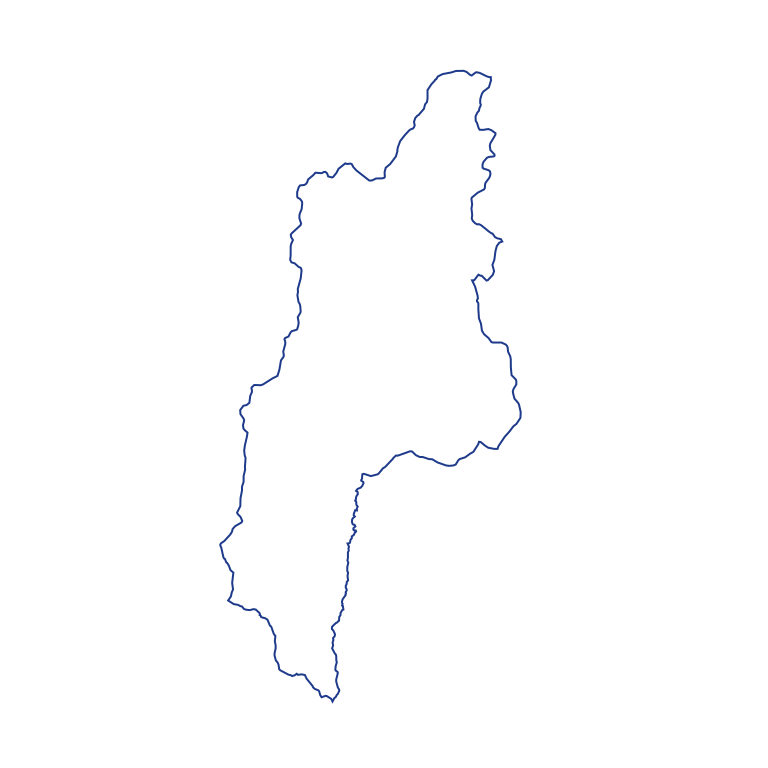 the district of Onzaga, Santander, Colombia, rotated 188°
{"feature_id": "7082276B75716633993754", "entity_name": "Onzaga", "entity_type": "district", "adm_level": 2, "iso_a3": "COL", "parent_name": "Colombia", "parent_adm1": "Santander", "projection": "robinson", "projection_center": [-72.805, 6.343], "detail": "fine", "context": "isolated", "style": "outline", "palette": "blue", "viewbox_px": 768, "rotation_deg": 188, "n_neighbors": 0, "source": "geoboundaries", "source_scale": "gbopen_adm2", "svg_char_len": 6125}
<svg xmlns="http://www.w3.org/2000/svg" viewBox="0 0 768 768"><g transform="rotate(188 384 384)"><path d="M402.2,65.1L398.7,67.0L397.2,67.0L392.5,64.9L390.8,62.4L389.4,66.2L388.3,67.2L387.5,69.4L386.5,70.9L385.6,74.1L385.9,75.2L387.5,77.1L389.9,82.7L390.2,84.7L389.5,91.4L390.0,92.5L391.6,93.3L392.4,94.1L392.6,98.0L392.0,101.8L392.8,103.8L393.4,107.8L394.1,109.5L395.2,110.3L398.6,115.0L398.0,118.0L398.9,120.7L398.5,123.4L399.1,125.3L397.8,127.2L397.7,129.4L400.0,133.0L401.4,134.0L401.7,135.0L401.6,136.5L398.4,140.6L397.2,141.3L396.3,142.8L395.6,143.3L395.9,147.1L394.9,149.1L395.2,150.9L394.0,154.2L392.8,155.0L393.9,158.5L394.7,158.8L394.4,160.5L395.1,161.4L395.3,162.9L395.0,165.1L392.6,169.7L392.9,170.4L392.5,171.5L393.0,172.5L392.2,174.4L392.7,176.0L393.5,176.9L393.8,179.1L393.2,180.3L393.3,182.9L392.2,184.5L393.4,188.7L393.3,192.2L394.3,193.6L394.9,197.6L394.5,202.1L395.7,204.3L395.5,206.7L396.3,212.3L395.7,214.0L396.3,216.2L396.0,217.9L397.9,221.0L396.0,221.6L395.6,222.3L395.5,224.9L394.4,226.9L394.7,228.6L392.9,230.3L392.1,233.0L391.1,234.0L391.6,235.0L393.3,234.9L394.1,235.6L394.2,236.9L392.5,239.0L393.6,240.5L394.9,240.5L395.9,241.4L396.6,243.2L396.7,245.4L396.1,246.9L394.4,248.7L395.8,250.0L395.8,251.3L395.0,255.0L393.2,255.0L393.6,256.8L393.0,259.0L394.5,260.4L395.2,263.8L396.3,264.4L395.7,266.2L396.0,267.4L395.5,269.5L394.6,271.2L395.1,273.4L396.8,274.3L395.6,276.4L392.7,278.1L391.4,280.0L390.5,282.7L390.9,284.1L393.1,285.1L393.2,285.6L392.6,287.3L392.9,291.6L391.8,292.2L390.6,292.1L384.1,291.0L377.7,293.7L377.0,294.3L373.2,300.5L371.4,301.9L364.9,311.0L364.5,312.0L362.1,314.9L360.5,314.9L348.8,321.0L346.9,321.1L342.4,317.9L338.4,316.7L335.6,317.1L328.9,315.9L325.7,316.2L320.2,313.8L311.3,312.0L308.2,312.0L304.2,312.9L301.8,314.2L299.9,318.6L298.8,320.1L293.4,322.7L289.1,326.9L286.1,329.2L282.3,337.4L281.9,340.0L280.2,340.0L275.3,337.0L271.9,335.4L266.0,335.1L262.5,335.6L262.0,338.4L257.1,348.5L253.3,354.2L250.0,360.1L247.3,362.9L244.2,369.4L244.7,375.1L247.4,382.3L248.5,383.9L252.8,387.7L254.7,392.3L255.4,394.4L255.1,396.9L252.9,402.0L253.3,405.1L254.1,406.8L258.9,410.5L260.7,418.1L261.9,426.1L262.8,428.9L265.7,433.4L266.6,437.3L267.5,438.8L268.9,440.0L273.4,441.4L282.0,440.2L283.5,440.5L286.8,444.0L291.9,447.3L294.4,450.4L296.4,457.3L299.1,462.2L301.0,471.3L301.7,476.4L302.1,477.6L303.4,478.7L303.6,479.9L302.9,481.8L303.7,484.7L307.3,493.0L311.2,498.9L309.1,499.3L305.7,505.4L303.5,504.7L302.3,504.8L296.9,500.7L295.6,501.3L291.4,507.3L290.7,511.1L293.2,517.0L292.0,522.5L292.1,531.3L291.5,536.3L289.5,540.0L286.7,541.5L288.4,543.7L291.9,544.0L294.4,544.8L297.5,548.1L298.4,548.1L301.4,549.6L310.0,554.8L312.4,555.5L313.7,555.0L316.0,555.8L318.8,557.9L320.1,560.0L320.2,563.8L321.8,569.9L321.7,574.1L323.2,579.5L323.0,580.8L317.7,586.6L312.0,590.6L311.4,592.1L311.7,595.9L311.4,597.5L308.7,602.4L308.1,604.0L307.8,606.9L308.6,609.3L310.3,610.3L315.2,611.1L316.5,611.9L317.0,615.3L316.3,618.0L313.5,622.4L311.6,623.5L307.0,624.6L306.3,625.3L306.5,626.6L311.2,630.5L312.4,634.7L312.2,637.1L308.4,646.2L308.5,647.9L313.1,650.3L316.2,651.0L321.4,649.4L324.7,649.1L326.0,650.8L328.2,655.4L329.8,657.4L330.6,661.8L329.2,666.1L328.1,667.5L327.8,670.7L327.0,673.2L327.1,674.3L327.9,675.7L328.3,679.6L327.5,684.8L326.4,687.3L321.4,692.4L320.3,699.6L321.0,702.8L322.0,702.5L324.9,702.9L332.5,705.4L335.8,705.6L336.5,705.3L340.1,701.7L341.6,702.0L345.8,704.6L348.8,705.2L356.3,704.0L360.7,701.9L369.0,699.1L373.5,696.0L374.7,693.1L375.6,692.6L375.9,691.6L378.8,687.4L381.8,681.1L380.6,672.6L380.7,669.2L382.2,666.7L382.8,662.0L387.1,655.3L388.3,654.4L390.0,651.8L390.8,647.8L389.6,644.5L390.0,642.5L390.9,641.0L393.2,639.8L394.6,638.3L398.1,633.2L401.8,626.8L403.2,620.3L403.4,617.5L403.1,616.5L403.9,611.0L408.5,602.7L412.4,598.4L412.9,593.9L412.0,589.2L412.4,588.3L414.3,587.4L420.5,586.4L423.7,584.2L425.8,583.5L427.0,583.5L441.0,591.6L444.5,594.5L446.5,597.2L448.0,597.6L451.2,596.7L453.0,597.1L458.9,590.9L460.6,586.2L463.2,581.9L464.2,581.3L468.2,581.8L469.6,584.6L471.5,585.9L473.1,585.6L474.7,584.3L475.8,584.0L481.3,583.7L483.1,581.0L487.6,576.0L488.2,572.9L489.2,571.1L490.6,570.0L494.7,569.0L495.8,567.1L496.7,561.9L496.0,557.3L495.3,556.5L492.8,555.5L491.6,554.3L490.5,553.1L490.1,551.2L489.9,545.8L491.1,540.9L491.2,538.8L490.8,536.3L488.4,531.3L488.8,529.6L496.5,520.2L497.1,518.8L496.4,516.5L494.2,513.9L495.4,509.8L495.6,507.6L494.3,497.9L494.2,493.9L492.6,491.6L489.3,491.1L484.9,488.1L482.7,487.5L481.8,486.2L481.4,484.5L481.2,477.0L482.6,465.9L482.0,463.3L482.1,459.8L480.1,453.4L478.7,451.7L477.7,449.3L476.6,444.1L476.8,442.7L478.7,438.2L477.0,432.7L477.1,429.4L477.6,426.3L478.2,425.5L482.8,423.4L483.8,421.8L485.2,417.7L488.4,415.7L488.8,414.5L487.8,412.5L487.3,410.0L488.3,402.1L487.2,398.5L487.3,396.8L489.3,393.1L489.6,383.5L490.6,377.2L495.1,374.1L503.8,366.7L506.1,365.6L512.3,365.0L514.5,362.3L514.7,361.4L513.9,359.3L513.7,357.5L514.8,353.7L514.7,346.6L517.2,344.0L520.2,342.9L522.8,338.1L521.9,334.1L518.3,330.3L517.4,328.5L517.9,323.6L517.0,320.3L515.1,318.6L512.4,316.9L512.4,313.3L513.2,303.8L513.2,298.6L512.0,293.9L510.9,291.9L510.6,289.2L510.2,282.5L509.6,280.0L510.2,273.1L509.4,267.7L510.3,262.7L509.8,258.8L510.2,251.0L509.3,243.0L511.6,236.2L510.8,234.9L507.6,232.4L505.3,228.7L505.9,227.0L511.6,222.5L513.7,219.4L514.0,216.5L515.2,213.7L520.2,206.4L523.2,203.6L523.8,202.4L523.5,201.0L522.4,199.4L519.1,190.5L518.2,189.0L517.1,188.5L515.3,185.3L514.4,185.0L512.2,182.3L510.1,178.3L506.9,176.2L506.7,166.0L504.9,159.5L505.8,156.2L506.0,152.5L508.2,147.9L502.1,145.1L497.8,145.0L495.6,144.1L493.7,143.9L491.4,141.8L489.4,141.3L485.4,141.4L481.9,142.9L479.6,142.8L475.3,139.8L474.8,138.7L475.0,137.9L473.9,137.4L473.1,136.0L469.0,135.5L466.6,134.4L463.4,129.0L461.9,128.0L458.3,121.1L456.5,119.4L456.3,114.1L455.0,110.3L454.5,107.3L454.9,102.0L454.6,99.9L452.6,95.2L450.6,93.4L449.4,91.4L448.1,87.0L447.0,86.1L438.2,82.9L435.9,82.7L434.3,82.0L431.8,83.2L430.1,84.9L428.7,84.0L425.3,85.0L421.8,84.8L419.6,81.4L412.6,74.9L412.0,73.7L409.8,72.3L406.6,71.6L405.5,70.8L403.9,67.1L402.2,65.1Z" fill="none" stroke="#1e3a8a" stroke-width="2"/></g></svg>